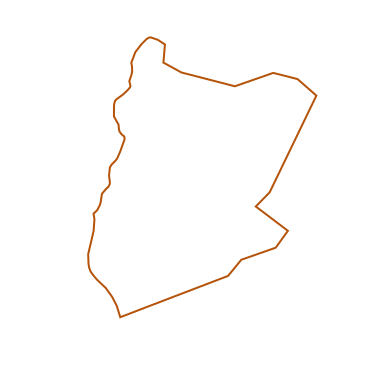 Boyd, Kentucky, United States of America, rotated 200°
{"feature_id": "52423323B73616637816742", "entity_name": "Boyd", "entity_type": "district", "adm_level": 2, "iso_a3": "USA", "parent_name": "United States of America", "parent_adm1": "Kentucky", "projection": "natural_earth1", "projection_center": [-82.623, 38.37], "detail": "fine", "context": "isolated", "style": "outline", "palette": "amber", "viewbox_px": 384, "rotation_deg": 200, "n_neighbors": 0, "source": "geoboundaries", "source_scale": "gbopen_adm2", "svg_char_len": 1015}
<svg xmlns="http://www.w3.org/2000/svg" viewBox="0 0 384 384"><g transform="rotate(200 192 192)"><path d="M216.6,49.8L196.4,67.4L129.4,125.5L122.5,145.2L94.3,168.3L88.6,188.3L127.1,200.2L118.9,218.3L108.1,325.1L131.4,334.2L156.4,331.7L187.9,306.0L242.8,300.7L263.1,303.8L267.9,321.4L268.2,321.4L276.0,323.3L283.5,323.2L285.2,322.4L287.1,320.0L290.1,313.5L293.1,304.0L293.2,292.6L291.4,289.6L289.6,285.2L289.0,281.9L288.8,274.7L286.2,270.8L286.0,269.3L287.4,265.5L290.0,260.3L294.6,253.4L295.4,251.7L295.4,249.4L294.8,246.3L292.0,238.6L291.2,236.3L284.1,230.2L281.9,225.5L280.4,223.7L278.0,222.2L274.7,221.0L273.4,218.8L273.3,205.2L273.8,197.9L274.6,195.3L276.8,190.5L277.6,187.1L276.0,180.7L275.6,179.1L272.4,172.8L272.0,171.1L272.4,168.1L273.6,166.0L276.0,159.5L274.2,150.5L274.2,147.4L274.9,142.4L277.1,138.0L274.3,132.9L271.1,121.6L268.3,98.1L264.8,89.4L262.9,85.9L260.1,82.6L256.2,79.9L251.4,77.2L246.7,75.1L240.0,72.2L231.0,66.0L223.7,59.2L216.6,49.8Z" fill="none" stroke="#b45309" stroke-width="2"/></g></svg>